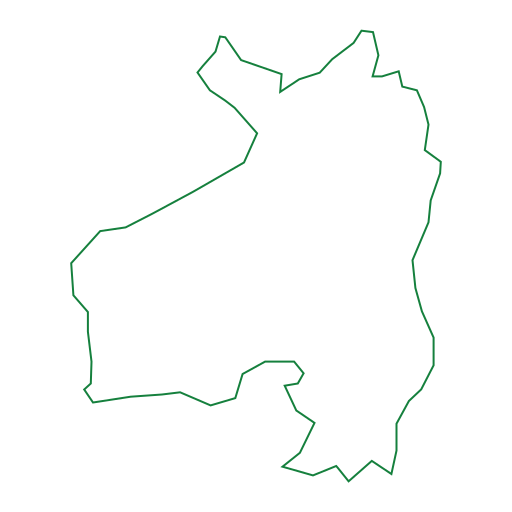 Miliou, Paphos, Cyprus
{"feature_id": "46923920B61429363291480", "entity_name": "Miliou", "entity_type": "district", "adm_level": 2, "iso_a3": "CYP", "parent_name": "Cyprus", "parent_adm1": "Paphos", "projection": "mercator", "projection_center": [32.461, 34.939], "detail": "fine", "context": "isolated", "style": "outline", "palette": "green", "viewbox_px": 512, "rotation_deg": 0, "n_neighbors": 0, "source": "geoboundaries", "source_scale": "gbopen_adm2", "svg_char_len": 997}
<svg xmlns="http://www.w3.org/2000/svg" viewBox="0 0 512 512"><path d="M197.5,72.5L209.9,90.3L225.1,100.5L234.6,107.8L257.1,133.3L244.0,162.5L193.2,191.7L152.5,213.6L125.6,227.4L100.2,231.1L71.2,263.2L73.4,295.3L87.9,312.0L87.9,331.7L91.5,361.6L90.8,383.5L84.2,389.5L93.0,402.5L130.7,396.7L162.0,394.5L180.1,392.3L210.6,405.4L235.3,398.1L242.6,374.0L265.1,361.6L294.1,361.6L303.6,373.3L297.8,383.5L284.7,385.7L296.3,410.5L314.5,422.9L299.9,452.8L282.5,466.7L313.0,475.4L336.2,466.0L337.6,467.6L348.6,481.3L371.8,460.9L391.4,474.0L396.5,450.6L396.5,423.7L408.9,401.0L421.2,389.4L433.6,365.3L433.6,337.6L421.9,311.3L415.4,288.0L412.5,260.2L428.5,222.3L430.7,200.4L440.1,173.4L440.8,161.8L424.8,150.1L428.5,124.6L424.1,107.1L416.9,90.3L402.3,86.6L398.7,71.3L382.0,76.4L372.6,76.4L378.4,55.3L373.0,32.1L361.5,30.7L353.6,42.9L332.2,59.2L319.7,72.7L299.2,79.3L280.2,91.9L281.6,74.1L241.1,60.1L225.3,37.3L220.0,36.5L215.5,51.6L202.7,66.1L197.5,72.5Z" fill="none" stroke="#15803d" stroke-width="2"/></svg>